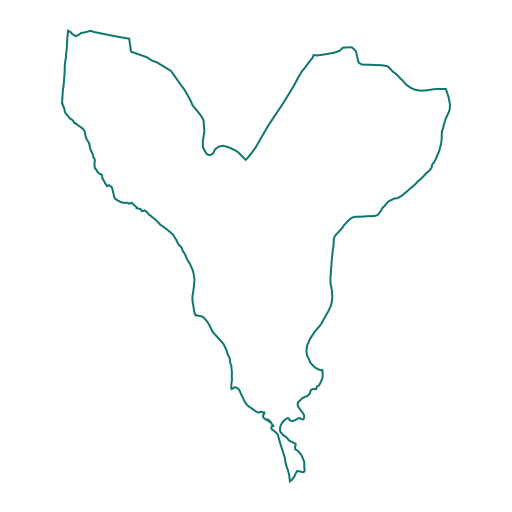 outline of Mbour, Thiès, Senegal
{"feature_id": "50182788B56533800648606", "entity_name": "Mbour", "entity_type": "district", "adm_level": 2, "iso_a3": "SEN", "parent_name": "Senegal", "parent_adm1": "Thiès", "projection": "robinson", "projection_center": [-16.867, 14.372], "detail": "fine", "context": "isolated", "style": "outline", "palette": "teal", "viewbox_px": 512, "rotation_deg": 0, "n_neighbors": 0, "source": "geoboundaries", "source_scale": "gbopen_adm2", "svg_char_len": 5958}
<svg xmlns="http://www.w3.org/2000/svg" viewBox="0 0 512 512"><path d="M386.6,66.0L382.0,65.3L371.0,64.8L361.9,64.6L358.7,62.7L357.6,58.8L356.6,54.1L355.8,51.0L353.4,48.7L351.7,47.3L346.8,47.4L342.8,47.7L339.8,50.6L336.8,51.9L332.8,53.0L327.9,53.8L325.2,54.3L317.0,55.5L313.6,55.0L312.7,57.6L309.2,61.9L305.4,67.2L301.8,71.5L297.7,78.4L294.1,85.4L282.8,103.8L268.3,125.5L255.6,147.5L251.9,152.7L247.7,157.8L245.6,159.8L242.8,156.9L237.8,152.0L234.6,150.0L228.1,147.1L223.2,145.8L218.7,146.6L215.0,149.4L213.3,153.1L211.4,154.6L209.6,155.2L207.1,154.3L204.9,151.2L202.9,147.0L202.9,140.8L204.4,130.8L203.9,126.1L203.7,121.3L202.7,118.4L200.1,114.6L197.0,110.7L192.7,105.5L190.7,100.9L184.8,90.3L170.9,70.9L157.5,62.7L151.7,60.4L146.8,57.2L131.0,51.7L129.2,38.7L115.9,36.4L93.5,31.9L91.4,31.0L89.7,30.9L88.0,31.6L85.7,32.0L83.7,32.7L81.4,32.8L78.7,34.8L75.8,36.2L72.3,34.0L70.8,32.3L68.1,30.7L67.8,33.4L67.6,35.7L67.3,38.0L66.8,48.2L66.6,50.4L66.2,52.6L66.0,56.8L65.7,59.1L65.2,61.1L65.1,63.1L64.8,65.3L64.7,67.2L64.7,70.9L63.8,83.5L63.4,87.0L63.0,89.3L62.8,91.2L62.0,103.7L62.1,103.9L62.5,103.9L63.2,106.1L64.2,108.4L64.5,109.7L64.7,111.1L65.3,112.9L69.1,117.4L69.8,118.6L71.0,119.0L72.4,120.0L73.2,120.9L73.6,121.9L74.4,122.7L75.2,123.0L75.1,123.4L76.5,124.0L78.1,125.4L80.5,126.9L82.3,128.5L82.8,128.5L83.6,129.9L84.2,130.6L84.7,131.6L85.1,133.0L85.1,134.1L85.4,135.6L85.9,137.1L86.1,137.9L86.6,139.1L87.1,139.7L87.4,140.6L88.1,141.4L88.7,142.3L89.0,143.4L89.5,144.5L89.4,145.3L89.8,146.2L90.0,147.8L90.6,150.2L91.4,151.2L92.8,154.5L93.2,155.8L93.3,157.2L94.1,158.0L94.7,159.4L94.8,162.0L94.4,163.7L94.6,164.8L94.6,166.4L94.8,168.0L96.4,169.9L97.4,171.8L98.0,172.2L98.7,173.2L99.3,173.7L100.3,174.0L101.3,174.5L102.1,175.4L102.3,178.0L103.1,179.6L104.0,180.9L104.6,182.1L105.0,183.1L105.7,184.2L106.4,184.9L106.7,185.5L106.9,186.2L107.4,186.1L108.3,185.5L109.1,185.2L110.0,186.0L111.5,186.9L112.2,188.3L112.6,189.6L112.7,190.8L113.7,194.3L113.9,195.8L114.9,198.6L115.8,198.9L116.7,199.8L117.5,200.3L118.8,201.0L120.8,202.1L121.7,202.4L123.7,202.8L127.0,202.8L128.0,203.0L128.8,203.6L129.7,203.7L130.4,203.1L131.4,202.8L132.3,203.2L135.5,206.4L136.4,207.0L137.1,208.0L136.9,208.3L138.2,208.5L139.7,208.8L140.9,209.4L141.5,210.6L142.1,211.2L143.5,210.9L144.3,210.4L145.5,210.9L146.7,211.8L147.5,212.7L147.9,213.4L149.4,215.1L150.1,215.3L151.1,216.1L151.5,216.7L152.7,217.4L156.2,220.3L160.5,224.9L162.7,226.3L166.7,229.3L168.7,231.0L170.7,232.5L173.4,235.2L176.3,240.0L178.4,244.4L180.6,246.4L181.8,248.0L182.6,250.7L185.1,254.4L186.2,257.4L188.0,260.9L189.8,263.7L192.5,269.7L193.5,273.3L194.0,276.0L194.4,279.7L194.3,282.4L193.2,292.1L192.5,295.8L192.4,298.1L192.6,302.0L193.3,305.3L194.0,310.3L194.7,313.4L195.7,315.5L196.5,315.1L198.7,315.8L200.9,316.2L203.0,316.9L205.2,319.3L207.2,321.7L208.4,323.5L209.7,325.8L212.3,331.3L214.0,333.4L218.7,338.6L223.5,344.0L225.3,347.7L226.6,350.6L227.4,353.3L228.3,355.6L229.2,357.1L229.5,357.9L229.9,359.7L229.9,361.2L230.0,361.8L230.4,363.0L230.6,364.0L231.4,365.8L231.4,367.9L231.9,371.6L231.9,374.0L231.8,375.3L231.8,377.5L232.1,379.0L231.6,382.4L231.2,386.6L231.4,388.6L231.8,389.1L233.8,387.8L235.1,387.2L236.3,387.5L238.5,389.0L239.6,390.7L241.3,394.6L242.5,396.8L243.8,399.8L245.0,402.2L246.4,404.2L247.8,405.6L249.9,407.3L251.5,408.2L255.5,411.2L256.9,412.1L258.2,412.6L261.3,411.6L262.4,412.3L263.5,412.5L264.2,412.4L264.4,413.6L263.5,414.7L263.0,415.8L263.0,416.8L263.6,417.7L264.3,418.4L266.2,419.7L267.0,420.0L268.9,421.3L268.8,420.9L268.5,420.1L269.3,420.5L270.3,421.6L272.4,424.8L273.0,425.5L273.3,426.1L271.7,426.5L271.6,426.8L271.3,427.5L271.5,429.0L272.4,429.8L274.7,431.4L276.9,433.5L277.8,434.7L280.2,443.2L284.5,456.7L285.1,459.6L285.4,462.0L286.8,467.3L287.9,470.1L289.1,474.6L289.6,478.8L289.9,481.3L292.0,479.7L292.8,478.7L294.3,476.4L295.3,474.2L297.0,471.1L298.4,471.1L302.1,472.1L303.8,472.1L304.7,470.3L304.2,466.6L304.3,464.3L304.3,462.4L303.0,458.5L301.0,454.4L299.3,452.4L297.6,450.6L295.2,449.2L295.0,446.9L295.6,445.3L295.5,443.6L291.1,441.6L288.7,440.3L287.6,438.5L286.0,437.0L283.2,435.1L281.0,432.7L279.9,430.6L280.3,426.5L281.1,424.8L282.2,422.8L284.5,420.0L286.2,418.8L287.7,418.2L289.0,418.5L289.6,420.2L290.7,420.7L292.9,421.0L294.7,420.3L296.9,419.2L298.4,418.2L300.0,418.1L301.5,419.2L303.3,419.3L304.2,417.7L304.0,415.2L302.8,412.9L299.5,408.6L298.2,406.7L297.6,404.6L297.9,402.6L300.6,399.9L302.1,398.2L304.8,396.9L307.3,396.0L309.8,393.5L310.8,390.2L312.3,389.2L314.5,389.0L316.1,389.1L316.8,386.7L319.1,385.3L320.5,382.6L322.2,379.0L322.7,375.8L322.6,372.8L322.3,370.0L321.4,370.3L318.2,369.3L314.8,367.4L312.9,365.4L310.5,363.0L309.1,359.5L307.2,355.8L306.4,351.7L306.8,347.2L307.5,344.5L309.1,341.3L309.4,340.0L311.2,337.1L312.7,334.9L314.6,331.9L317.6,328.3L319.5,326.2L321.8,323.0L323.8,319.1L325.2,316.9L325.9,315.4L328.0,311.9L331.1,305.2L332.0,300.6L332.3,296.9L331.9,290.8L330.4,282.6L330.5,279.8L330.3,277.6L330.9,273.7L331.0,269.2L331.4,266.0L331.6,261.8L332.8,250.0L333.6,244.4L333.9,238.8L334.4,237.3L335.3,235.5L342.0,228.2L344.0,225.2L349.3,219.6L351.9,217.7L354.6,216.8L363.1,216.6L368.6,216.1L372.4,216.1L375.6,215.8L377.7,214.9L378.5,214.1L380.6,211.3L382.3,208.1L384.7,205.8L386.4,203.6L388.1,201.7L389.6,200.7L390.2,200.6L394.4,198.5L396.5,198.4L398.3,197.7L399.5,197.1L400.4,196.4L402.2,195.6L403.4,194.3L407.5,191.0L410.4,188.3L414.6,184.9L418.2,181.0L420.9,178.9L423.6,176.1L425.7,173.8L428.0,171.9L429.4,170.6L431.6,167.7L432.1,165.1L432.6,163.8L433.9,162.5L435.5,159.8L439.5,150.1L439.9,148.1L440.5,146.1L441.3,142.8L441.8,137.2L441.7,133.7L442.2,130.2L443.1,128.2L443.5,126.3L443.9,124.2L444.7,122.3L445.3,119.6L446.4,117.2L449.0,111.7L449.8,108.7L450.0,104.5L448.5,96.9L446.6,91.2L445.8,89.0L437.6,88.9L433.2,89.3L427.0,90.3L421.2,90.7L418.2,90.3L414.8,89.6L410.8,87.9L408.2,86.0L406.3,84.8L404.3,82.4L402.2,80.2L400.5,78.7L398.6,76.5L395.6,73.5L393.0,71.8L390.7,69.3L387.9,66.5L386.6,66.0Z" fill="none" stroke="#0f766e" stroke-width="2"/></svg>